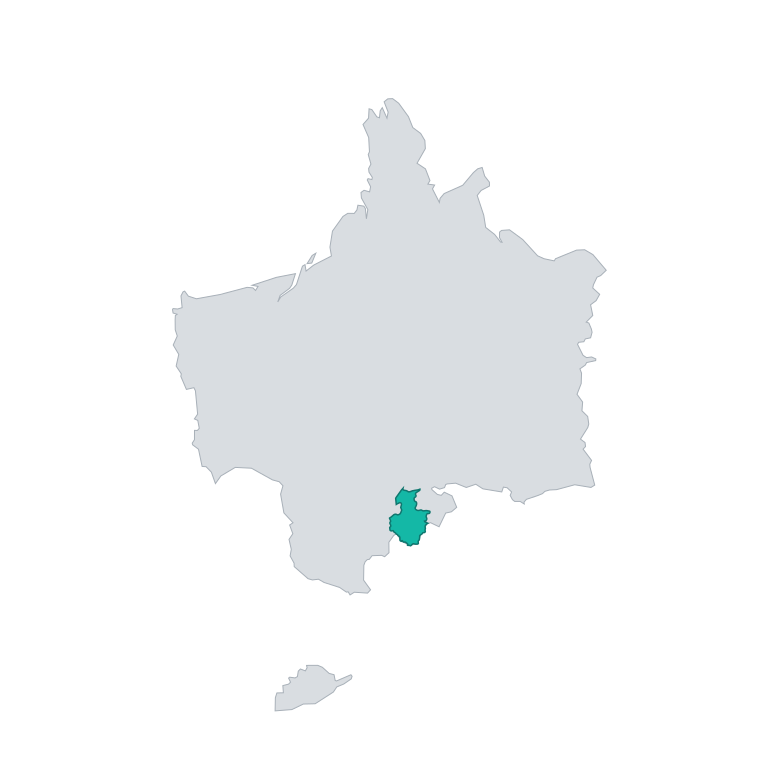 where Savoie sits in France, rotated 62°
{"feature_id": "FRA-5341", "entity_name": "Savoie", "entity_type": "Metropolitan department", "adm_level": 1, "iso_a3": "FRA", "parent_name": "France", "parent_adm1": "", "projection": "albers", "projection_center": [6.338, 45.496], "detail": "fine", "context": "in_parent", "style": "filled", "palette": "teal", "viewbox_px": 768, "rotation_deg": 62, "n_neighbors": 0, "source": "natural_earth", "source_scale": "10m", "svg_char_len": 6282}
<svg xmlns="http://www.w3.org/2000/svg" viewBox="0 0 768 768"><g transform="rotate(62 384 384)"><path d="M555.8,316.5L551.6,318.9L549.1,323.7L546.4,324.9L541.6,324.9L539.2,322.0L533.4,324.0L531.1,327.0L534.6,330.7L523.0,345.9L515.6,350.0L514.0,359.9L505.2,367.3L501.9,375.1L501.7,376.7L503.9,379.2L502.9,384.3L498.4,387.6L498.4,390.9L499.7,391.3L506.6,388.7L509.2,385.7L507.8,381.6L514.7,376.5L527.0,377.7L528.5,384.5L526.9,390.1L535.9,402.4L528.2,408.1L527.7,411.9L535.8,424.2L540.9,429.3L538.3,437.6L529.8,443.0L524.3,442.6L522.0,443.9L522.3,446.5L526.0,454.0L535.3,458.8L536.8,464.5L534.2,466.5L530.0,475.1L531.9,479.3L531.2,481.2L532.1,484.1L534.6,486.9L547.6,494.1L559.4,492.5L560.9,496.7L553.9,508.0L554.3,513.0L550.7,513.2L550.1,514.9L542.8,518.7L531.1,530.1L525.6,533.5L523.4,539.2L520.2,542.5L503.1,549.0L499.9,547.5L491.7,547.6L486.5,543.5L476.6,540.8L473.4,534.8L464.2,533.5L463.8,529.5L450.8,532.9L432.7,527.0L426.4,521.0L421.1,522.4L416.3,527.5L396.1,540.6L387.8,554.5L388.6,571.2L392.8,579.6L380.8,577.8L373.5,579.9L371.4,583.3L354.5,578.4L347.9,581.5L346.2,581.1L344.2,577.5L336.0,573.1L337.4,570.5L336.4,567.9L328.7,565.5L325.8,567.8L323.1,562.7L301.5,553.7L298.0,553.6L296.0,561.0L281.8,559.8L279.9,558.2L270.6,559.1L261.5,551.3L250.6,551.8L244.6,544.0L238.2,542.9L229.5,538.4L225.6,536.1L225.3,533.9L222.3,536.9L219.0,535.8L218.4,534.8L220.9,531.0L221.8,526.4L210.9,521.9L208.3,518.2L208.4,516.4L214.6,515.5L220.7,509.6L228.0,486.8L234.4,459.5L237.6,454.6L241.1,453.5L238.7,449.4L234.9,454.1L239.3,429.0L245.0,410.4L253.4,419.0L255.2,422.5L257.0,434.1L261.7,439.3L258.7,434.4L256.8,419.0L255.1,414.6L241.7,400.7L241.5,397.7L247.7,399.8L246.0,390.2L246.3,370.3L237.8,367.5L224.8,357.7L216.8,341.6L216.3,335.9L219.4,330.2L217.6,326.2L213.9,323.1L217.5,318.3L220.4,318.1L229.9,322.0L222.4,316.4L209.1,316.6L204.1,314.4L203.6,310.7L207.6,306.5L203.5,303.2L196.0,303.0L195.2,301.7L197.8,298.7L196.1,297.3L189.9,297.8L186.5,296.4L183.7,292.3L174.0,290.2L172.1,287.8L159.2,281.8L145.0,280.7L142.0,272.8L134.0,268.0L136.0,265.9L144.8,264.9L146.8,263.0L141.0,259.1L139.2,255.8L150.7,256.6L145.9,252.7L134.9,251.4L134.0,246.8L136.1,242.4L143.0,239.2L159.5,236.9L171.1,238.2L180.0,234.0L188.2,233.6L195.6,237.0L204.6,251.2L213.5,246.4L225.9,247.9L228.1,251.4L232.1,245.9L234.5,249.6L249.7,249.9L246.4,247.3L244.1,241.5L245.5,221.2L239.3,205.8L238.0,200.2L238.9,195.7L247.7,197.5L255.3,196.2L258.7,197.9L258.7,207.4L261.3,213.2L281.8,216.7L293.5,220.7L303.9,216.1L313.5,214.4L314.3,213.2L308.9,213.3L304.1,210.6L303.6,208.1L306.8,200.8L321.6,193.7L342.9,188.2L348.5,183.9L355.2,175.9L353.9,173.7L356.2,151.1L359.7,143.8L367.8,138.8L387.9,134.4L390.0,141.8L389.7,145.8L394.7,152.5L397.2,154.6L406.1,151.5L410.0,157.6L411.0,164.4L421.5,167.5L424.3,176.4L426.3,174.5L432.9,175.1L436.0,176.0L440.2,179.9L438.7,185.1L440.5,187.7L438.6,192.5L439.8,194.5L452.1,194.8L455.8,192.8L457.6,188.0L461.3,185.2L462.7,186.1L460.2,195.0L461.8,197.4L462.6,203.9L467.2,204.5L476.2,209.7L483.7,218.4L493.2,217.1L500.6,221.8L508.3,219.4L515.5,222.0L518.1,224.5L524.9,236.4L530.1,234.0L533.8,235.4L535.0,238.8L548.9,236.6L551.5,240.0L554.4,241.2L572.2,245.4L572.5,249.8L562.5,262.9L558.3,281.2L555.3,287.6L554.3,292.4L555.2,295.5L554.7,300.5L552.7,312.4L554.0,315.8L555.8,316.5ZM630.0,560.4L629.3,567.9L632.2,573.3L634.0,594.9L628.7,605.5L628.2,618.2L621.5,633.6L610.0,627.2L606.5,623.6L609.4,617.8L602.8,614.9L604.2,609.2L603.4,606.5L598.9,606.3L598.6,604.9L601.8,600.5L601.7,597.8L597.3,594.5L596.4,591.6L600.4,588.1L598.4,585.1L596.1,584.5L601.4,574.5L605.2,571.4L613.8,568.3L617.2,564.6L622.9,566.3L623.9,565.3L625.2,549.7L627.1,549.4L629.0,551.4L630.0,560.4ZM243.3,391.0L241.6,395.4L236.8,387.1L236.5,382.8L243.3,391.0Z" fill="#d9dde1" stroke="#a8b0b8" stroke-width="1"/><path d="M538.0,425.9L538.3,426.3L538.5,427.0L538.8,427.5L539.3,427.9L540.9,428.5L541.1,428.8L541.1,429.4L540.8,430.2L540.1,431.5L538.9,432.9L538.7,433.3L538.9,434.7L539.3,435.8L539.3,436.6L538.4,437.4L537.7,438.7L537.4,438.9L536.8,438.3L536.5,438.2L535.2,438.6L533.9,439.2L533.5,439.6L532.9,440.7L532.3,441.2L532.0,441.3L531.2,441.3L530.9,441.4L530.7,441.9L530.9,442.1L531.1,442.4L531.0,442.7L529.8,443.3L528.5,442.8L527.2,442.1L525.9,441.9L525.6,442.0L525.0,442.6L524.7,442.7L524.4,442.8L523.7,442.8L523.4,442.8L522.2,443.6L520.9,443.8L519.6,444.6L519.1,444.7L518.1,444.7L517.8,444.8L517.6,445.1L517.5,445.5L517.4,445.9L517.2,446.4L516.7,447.0L516.3,447.2L515.9,447.3L513.5,446.4L513.3,446.1L513.1,445.8L513.0,445.1L512.7,444.8L512.2,444.5L511.3,444.3L510.4,444.3L509.8,444.2L509.5,444.1L508.9,443.6L508.5,442.7L507.5,442.3L505.4,442.2L505.0,442.1L504.9,441.7L504.8,440.1L504.0,436.6L504.1,435.6L504.5,434.7L505.1,434.1L505.7,433.7L506.1,433.1L506.3,431.9L506.1,430.6L505.4,429.5L503.8,427.7L503.5,427.5L500.9,427.2L498.7,425.2L498.1,424.9L497.5,424.8L496.8,425.0L496.3,425.5L496.1,426.2L496.0,428.8L496.1,429.7L490.5,427.4L490.0,426.8L485.8,418.4L485.0,416.2L485.7,416.8L486.5,416.7L487.2,416.2L488.4,414.6L489.1,414.0L489.8,413.5L490.0,413.5L490.1,413.4L490.3,413.3L490.5,413.2L490.7,412.9L490.8,412.8L490.9,412.7L491.0,412.5L491.0,412.4L491.1,412.2L491.2,411.9L491.3,411.7L491.3,411.3L491.4,411.2L491.4,410.9L491.5,410.7L491.5,410.4L491.5,410.1L491.6,409.9L491.6,409.7L491.6,409.4L491.6,409.2L491.9,408.3L492.2,407.2L493.4,403.8L493.7,402.0L493.7,401.7L494.3,401.9L494.7,402.6L495.0,406.3L495.2,407.1L495.7,407.7L496.4,408.0L497.8,408.2L498.3,408.7L498.5,409.1L498.6,410.2L498.8,410.7L499.1,411.1L499.5,411.4L500.3,411.7L501.1,411.9L502.0,411.8L502.3,411.7L502.8,411.2L503.1,411.0L504.3,411.0L505.4,411.6L506.4,412.5L508.1,414.8L508.5,414.9L509.5,414.9L510.4,414.5L511.2,413.9L511.9,412.9L512.5,410.7L512.6,410.4L514.3,409.1L514.7,408.4L515.5,406.3L516.0,405.5L517.7,403.4L518.1,403.4L518.5,403.4L518.9,403.7L519.2,404.0L519.4,404.3L519.5,404.5L519.4,405.4L519.0,406.0L518.8,406.7L519.2,407.6L520.3,408.7L521.0,409.1L522.7,409.3L523.7,409.9L524.4,411.0L524.1,412.6L524.9,412.6L527.5,410.7L527.5,411.0L527.9,413.1L528.6,414.2L529.6,414.9L530.6,415.1L531.0,415.3L531.9,416.1L532.3,416.4L533.5,416.7L533.9,417.0L534.2,417.8L534.1,418.1L533.7,419.0L533.6,419.4L533.7,419.8L534.1,420.4L534.2,420.8L534.4,422.9L534.7,423.7L536.3,424.6L537.9,425.8L538.0,425.9Z" fill="#14b8a6" stroke="#0f766e" stroke-width="1.5"/></g></svg>